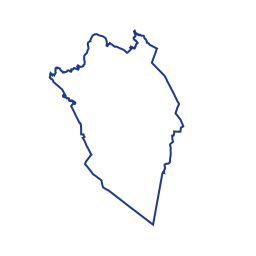 Kaunatas pag., Rezeknes, Latvia (Equal Earth projection), rotated 250°
{"feature_id": "27541924B36939981885438", "entity_name": "Kaunatas pag.", "entity_type": "district", "adm_level": 2, "iso_a3": "LVA", "parent_name": "Latvia", "parent_adm1": "Rezeknes", "projection": "equal_earth", "projection_center": [27.649, 56.307], "detail": "fine", "context": "isolated", "style": "outline", "palette": "blue", "viewbox_px": 256, "rotation_deg": 250, "n_neighbors": 0, "source": "geoboundaries", "source_scale": "gbopen_adm2", "svg_char_len": 5548}
<svg xmlns="http://www.w3.org/2000/svg" viewBox="0 0 256 256"><g transform="rotate(250 128 128)"><path d="M99.7,165.7L101.9,165.8L105.8,166.9L105.3,168.2L106.4,169.1L107.8,169.8L109.0,170.2L108.0,172.3L106.6,176.0L110.3,177.9L110.3,178.9L110.6,180.5L112.7,180.5L116.4,180.3L118.2,180.1L122.3,178.8L123.7,178.4L125.2,177.6L125.7,177.8L130.4,181.5L130.9,182.1L133.1,184.2L134.5,184.0L135.5,183.7L140.0,183.2L145.3,182.7L146.5,182.5L153.5,181.6L156.6,181.2L157.9,180.9L159.0,180.9L160.7,180.8L164.5,180.2L165.5,179.9L166.0,179.5L172.6,176.6L181.1,172.7L181.9,173.3L182.1,173.6L184.2,175.2L189.7,179.9L192.1,181.7L192.7,182.4L197.4,178.1L197.8,177.8L198.7,176.8L199.1,176.7L200.7,176.2L201.2,175.6L201.5,175.5L201.7,175.4L202.0,175.3L202.0,175.1L202.5,175.3L202.9,175.1L203.1,175.1L203.3,175.3L204.4,175.1L204.5,175.2L204.9,175.2L205.4,175.0L205.6,174.8L205.7,174.6L206.1,174.6L207.2,174.1L207.7,174.2L208.0,174.4L209.3,174.3L209.5,174.1L209.9,172.7L210.2,172.0L211.3,171.5L211.2,171.0L211.6,170.7L211.4,170.6L211.5,170.3L211.4,170.2L211.5,170.0L211.8,169.9L211.9,169.7L212.2,169.7L212.2,169.4L212.4,169.3L212.5,169.1L212.8,169.0L212.9,168.8L213.4,168.8L213.8,168.4L214.1,168.2L214.7,167.7L216.9,167.6L216.7,167.3L216.5,167.2L216.4,167.0L216.5,166.7L214.2,166.6L213.4,167.0L212.1,166.7L211.8,166.1L211.8,165.9L211.6,165.5L211.1,165.3L211.1,164.9L211.1,164.4L210.8,164.3L210.4,164.4L209.8,163.9L208.8,164.1L207.5,164.9L207.6,165.2L204.9,166.2L204.4,165.9L204.4,165.4L204.5,165.1L204.5,164.9L204.4,164.8L204.0,164.8L203.9,164.6L203.6,164.1L203.5,163.9L202.4,163.4L202.2,163.1L202.1,162.5L201.5,162.3L201.4,162.4L200.9,162.1L200.6,161.3L201.6,160.4L201.3,160.2L202.1,159.5L202.8,159.4L203.5,158.5L203.1,158.3L202.8,157.5L201.4,157.6L201.0,157.9L199.5,154.6L199.0,153.2L199.0,152.8L202.1,151.3L202.6,150.9L202.9,150.6L204.4,149.2L205.2,148.2L208.5,144.9L208.9,143.3L211.7,141.6L214.0,140.0L213.8,139.8L213.5,139.7L213.4,139.4L213.3,139.2L213.6,138.7L213.3,138.2L212.9,137.9L212.6,137.4L212.3,137.2L212.3,136.9L212.1,136.5L212.7,136.0L214.4,136.9L216.7,137.6L218.1,137.7L220.0,137.6L221.6,136.6L222.4,136.0L223.1,135.2L224.1,133.6L225.3,132.1L226.6,131.2L227.3,129.3L227.4,128.8L227.4,128.5L227.1,127.0L226.8,126.2L226.6,125.8L226.2,125.4L223.0,122.3L222.5,122.3L222.6,121.9L221.9,119.7L220.4,118.8L216.4,118.2L216.1,118.1L214.9,116.7L213.1,115.4L212.6,115.1L211.9,113.3L211.6,112.9L210.8,111.6L209.3,110.9L208.0,110.6L207.2,110.2L205.1,110.0L203.1,109.1L202.5,108.6L202.3,107.6L201.4,107.1L201.5,105.4L201.4,104.6L201.6,104.3L201.7,104.0L201.8,103.9L202.2,103.8L202.6,103.4L202.6,103.2L202.8,103.0L203.1,102.8L203.8,102.6L204.0,102.4L203.8,102.1L203.2,101.3L202.6,101.3L202.1,101.7L201.9,101.9L201.2,101.9L200.9,102.1L200.6,102.0L200.2,101.4L200.8,101.4L201.0,101.3L201.0,101.2L200.9,100.9L200.6,100.4L200.9,100.0L200.9,99.9L202.4,98.6L202.6,98.4L202.8,97.9L202.8,97.6L201.9,96.6L201.8,96.2L201.9,95.8L202.4,95.4L202.6,95.0L202.6,94.8L202.3,94.6L200.5,94.2L200.3,94.0L200.3,93.8L200.4,93.5L201.9,92.4L202.3,92.0L202.5,91.8L202.5,91.1L202.6,90.9L202.6,90.7L202.3,90.4L202.1,90.2L202.0,89.3L201.9,89.1L202.0,87.5L202.5,87.1L202.1,86.5L202.4,85.7L203.5,85.6L204.5,84.9L205.6,84.4L205.8,84.3L207.2,84.3L207.4,84.1L207.4,83.9L207.9,83.5L208.2,83.0L208.5,82.8L208.3,81.9L208.7,81.4L208.9,81.4L209.2,81.5L209.2,81.4L209.2,81.0L209.0,80.9L208.7,80.6L208.7,80.3L208.4,80.2L207.4,79.7L206.8,79.6L206.2,79.1L205.8,79.1L205.3,79.1L205.0,79.1L204.6,78.9L204.1,78.3L203.6,77.9L203.6,77.7L203.2,76.8L203.3,76.8L203.1,76.7L203.3,76.6L203.3,76.4L204.4,75.9L204.2,75.9L203.9,75.8L204.0,75.6L203.9,75.4L204.0,75.3L203.8,75.3L204.0,75.2L203.9,75.1L204.0,75.0L203.8,74.9L204.0,74.8L204.1,74.7L204.3,74.5L205.1,74.4L205.3,74.4L205.3,74.5L205.7,74.3L205.5,74.2L205.2,73.9L205.3,73.9L205.2,73.8L205.4,73.8L205.4,73.7L205.5,73.7L205.2,73.6L205.3,73.5L205.2,73.4L205.4,73.4L205.2,73.2L204.8,73.1L204.5,73.0L204.3,73.1L203.3,72.8L202.7,71.9L202.0,71.8L201.8,72.1L201.3,72.1L201.2,72.1L201.1,72.3L200.7,72.4L200.6,72.7L200.1,73.0L199.8,73.1L199.7,73.3L198.2,73.9L197.9,73.7L197.2,73.7L196.9,73.7L193.9,75.3L192.8,75.9L191.1,76.9L186.7,79.3L180.3,80.3L181.2,78.7L180.8,78.0L180.4,77.9L180.4,78.0L180.2,78.1L180.0,77.9L179.7,77.8L178.6,78.7L178.5,79.4L178.2,80.0L177.7,80.2L177.4,80.7L176.8,80.7L176.7,81.5L176.4,82.2L176.0,82.6L174.5,82.5L174.6,82.1L173.8,82.2L173.5,82.3L173.1,83.0L173.4,83.8L172.1,84.6L172.7,85.0L171.0,86.6L169.5,87.1L169.2,86.9L168.8,86.3L169.1,85.8L169.8,84.9L169.3,84.6L169.0,83.4L168.0,82.3L168.8,81.9L164.0,82.6L159.4,83.1L158.0,83.1L153.7,83.7L152.8,83.8L149.5,84.2L149.4,84.5L149.2,84.7L148.6,84.8L147.6,84.7L147.3,84.9L142.7,83.5L138.1,81.8L137.8,82.5L137.3,83.2L137.2,83.9L136.2,83.7L134.6,84.1L134.5,83.6L134.1,83.0L134.1,82.0L132.8,82.4L127.9,83.0L127.1,82.9L124.7,83.1L122.1,83.6L120.1,83.8L118.3,84.0L115.3,84.5L114.8,83.0L114.3,82.5L112.0,78.9L111.5,77.9L111.0,77.4L110.3,76.5L108.9,75.3L107.9,75.5L106.7,76.1L105.3,76.6L103.5,77.2L97.5,79.1L96.6,79.4L96.3,79.5L94.3,81.0L92.5,82.1L90.0,83.8L89.9,83.9L87.8,85.2L85.5,84.7L80.9,84.2L77.7,86.7L75.8,88.5L51.8,103.6L28.6,118.5L73.6,144.8L73.9,145.3L73.9,145.7L73.7,146.0L74.0,145.9L74.3,146.0L74.1,146.3L74.2,146.7L74.9,146.8L74.9,147.1L75.1,147.2L75.5,147.4L76.1,147.7L76.8,148.5L77.2,148.8L77.7,149.1L78.3,149.3L79.0,149.4L79.9,149.4L81.1,149.9L81.3,151.3L81.4,151.8L80.7,153.4L81.2,155.2L81.5,155.5L83.0,156.4L85.1,157.2L86.5,158.1L89.3,159.4L93.1,160.6L93.9,160.9L94.4,161.3L95.1,161.4L95.5,161.5L97.0,161.6L98.2,162.0L98.7,162.9L99.7,165.7Z" fill="none" stroke="#1e3a8a" stroke-width="2"/></g></svg>